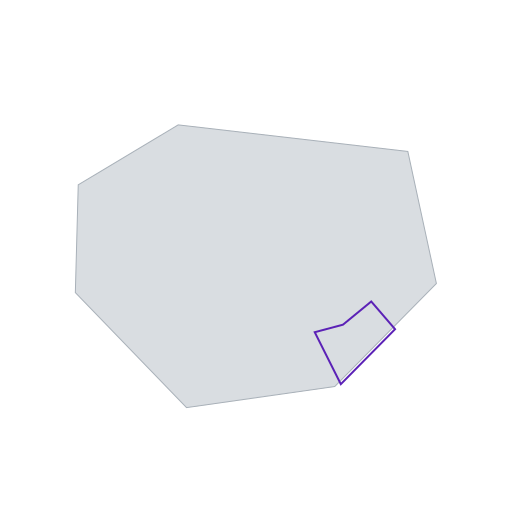 location of Aiwo within Nauru, rotated 247°
{"feature_id": "NRU-4972", "entity_name": "Aiwo", "entity_type": "state/province", "adm_level": 1, "iso_a3": "NRU", "parent_name": "Nauru", "parent_adm1": "", "projection": "orthographic", "projection_center": [166.914, -0.531], "detail": "fine", "context": "in_parent", "style": "outline", "palette": "violet", "viewbox_px": 512, "rotation_deg": 247, "n_neighbors": 0, "source": "natural_earth", "source_scale": "10m", "svg_char_len": 395}
<svg xmlns="http://www.w3.org/2000/svg" viewBox="0 0 512 512"><g transform="rotate(247 256 256)"><path d="M407.1,235.6L292.9,436.6L160.2,411.3L105.1,277.5L143.6,132.8L292.9,75.4L391.0,120.2L407.1,235.6Z" fill="#d9dde1" stroke="#a8b0b8" stroke-width="1"/><path d="M134.3,355.4L104.9,284.0L162.9,280.3L158.8,309.2L169.1,344.3L134.3,355.4Z" fill="none" stroke="#5b21b6" stroke-width="2"/></g></svg>